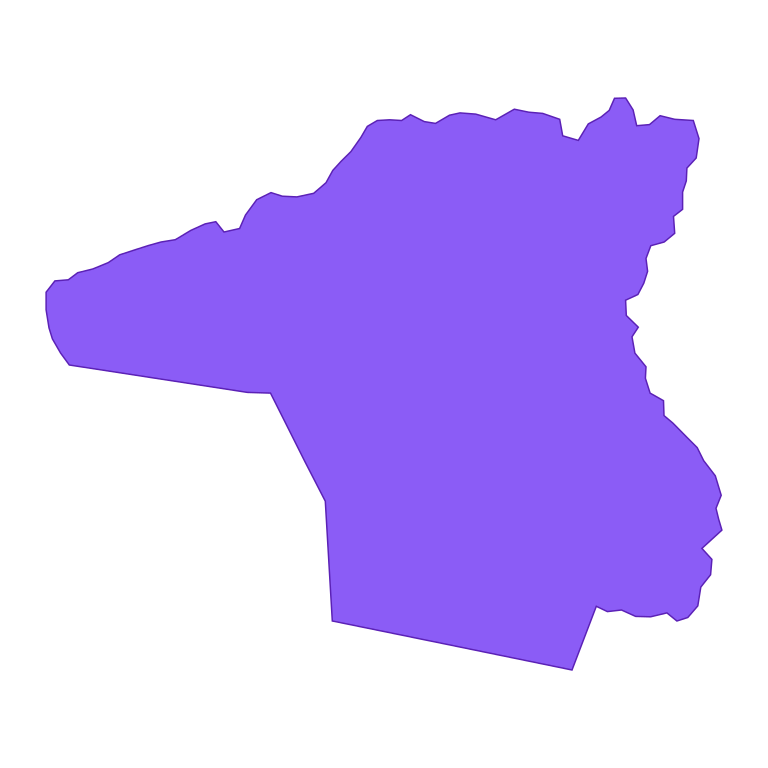 Igaracy, Paraíba, Brazil
{"feature_id": "56859067B32358496936618", "entity_name": "Igaracy", "entity_type": "district", "adm_level": 2, "iso_a3": "BRA", "parent_name": "Brazil", "parent_adm1": "Paraíba", "projection": "mercator", "projection_center": [-38.117, -7.159], "detail": "fine", "context": "isolated", "style": "filled", "palette": "violet", "viewbox_px": 768, "rotation_deg": 0, "n_neighbors": 0, "source": "geoboundaries", "source_scale": "gbopen_adm2", "svg_char_len": 1500}
<svg xmlns="http://www.w3.org/2000/svg" viewBox="0 0 768 768"><path d="M247.4,392.4L270.5,393.1L290.3,432.5L304.8,461.4L325.3,501.2L332.3,621.0L422.1,639.3L572.0,670.0L596.3,606.3L607.4,611.6L621.5,610.0L635.6,616.4L650.6,616.8L666.9,612.9L676.9,621.0L687.8,617.5L697.8,605.9L700.8,587.1L710.6,574.7L711.9,559.4L701.9,548.4L721.9,530.1L718.7,519.3L716.0,508.3L721.2,495.3L715.3,475.8L703.7,460.7L697.2,447.6L686.7,437.1L672.9,423.1L664.0,415.6L663.5,400.7L650.1,393.1L645.4,378.3L646.0,366.8L634.9,353.1L632.0,336.8L638.3,327.2L626.3,315.5L625.6,300.2L637.9,294.5L643.8,283.2L647.6,271.3L646.0,258.5L650.8,245.7L664.2,242.0L674.7,233.3L673.5,216.4L682.6,209.3L682.6,192.1L686.3,180.9L686.9,168.1L696.2,158.0L699.0,138.6L693.3,120.5L674.7,119.3L660.1,115.7L649.5,124.6L636.7,125.7L633.1,109.9L625.6,98.0L614.5,98.3L609.2,110.4L601.1,117.0L588.3,123.9L578.3,140.4L562.7,135.8L559.7,119.3L542.7,113.4L528.8,112.2L514.3,109.2L495.7,119.8L475.7,114.1L460.0,112.9L449.5,115.2L435.5,123.4L424.3,121.6L410.5,114.7L401.6,120.5L389.6,119.8L377.3,120.5L367.3,126.4L360.9,137.4L350.9,151.6L341.0,161.4L332.8,170.4L326.0,182.7L313.7,193.3L296.9,196.9L282.3,196.2L271.0,192.6L256.7,199.7L245.5,215.0L239.6,228.5L224.0,232.0L215.8,221.7L205.1,223.9L190.8,230.4L175.3,239.7L161.0,242.0L148.5,245.5L137.2,249.1L119.7,254.8L108.3,262.6L92.7,269.0L77.7,272.7L68.3,279.8L54.9,280.9L46.1,292.2L46.1,309.8L49.0,327.9L52.4,338.9L60.6,353.1L69.3,365.0L247.4,392.4Z" fill="#8b5cf6" stroke="#5b21b6" stroke-width="1.5"/></svg>